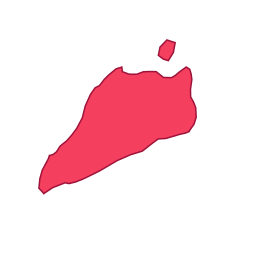 outline of Härnösand, Västernorrland, Sweden, rotated 298°
{"feature_id": "70781695B20063345867362", "entity_name": "Härnösand", "entity_type": "district", "adm_level": 2, "iso_a3": "SWE", "parent_name": "Sweden", "parent_adm1": "Västernorrland", "projection": "natural_earth1", "projection_center": [17.682, 62.713], "detail": "fine", "context": "isolated", "style": "filled", "palette": "rose", "viewbox_px": 256, "rotation_deg": 298, "n_neighbors": 0, "source": "geoboundaries", "source_scale": "gbopen_adm2", "svg_char_len": 950}
<svg xmlns="http://www.w3.org/2000/svg" viewBox="0 0 256 256"><g transform="rotate(298 128 128)"><path d="M66.9,71.5L63.5,72.1L50.5,72.1L41.8,74.0L33.0,77.6L30.8,84.0L30.5,84.4L31.2,84.8L39.9,89.4L50.1,98.2L51.2,102.0L55.9,107.2L62.3,112.6L76.7,123.0L94.1,133.7L105.6,142.8L114.3,151.5L126.5,156.9L132.5,159.8L136.6,166.4L146.4,176.4L150.6,181.2L153.6,183.7L154.3,183.5L162.3,184.5L169.4,183.2L177.8,178.2L181.4,174.0L184.9,168.7L191.5,165.0L200.8,161.6L205.3,158.4L208.8,155.0L209.2,150.8L201.3,146.9L196.4,145.0L192.8,142.7L189.3,135.6L191.0,126.4L187.5,119.6L184.8,115.1L179.5,110.4L176.0,103.6L175.1,96.6L178.9,93.9L174.6,89.7L165.5,86.0L159.6,84.2L152.0,82.9L148.1,80.1L140.1,79.1L127.6,79.9L115.4,82.9L103.6,82.9L95.6,81.7L87.9,79.9L80.3,76.6L73.3,76.0L69.5,74.3L67.0,71.9L66.9,71.5ZM206.4,120.7L205.4,126.9L206.4,132.0L216.0,132.6L225.5,129.6L224.0,121.0L214.4,118.3L206.4,120.7Z" fill="#f43f5e" stroke="#9f1239" stroke-width="1.5"/></g></svg>